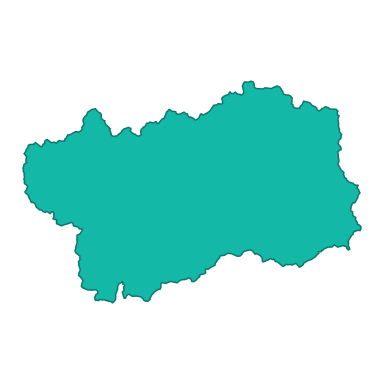 Valle d'Aosta, Aoste, Italy (orthographic projection)
{"feature_id": "23120603B46910528128522", "entity_name": "Valle d'Aosta", "entity_type": "district", "adm_level": 2, "iso_a3": "ITA", "parent_name": "Italy", "parent_adm1": "Aoste", "projection": "orthographic", "projection_center": [7.355, 45.727], "detail": "fine", "context": "isolated", "style": "filled", "palette": "teal", "viewbox_px": 384, "rotation_deg": 0, "n_neighbors": 0, "source": "geoboundaries", "source_scale": "gbopen_adm2", "svg_char_len": 5948}
<svg xmlns="http://www.w3.org/2000/svg" viewBox="0 0 384 384"><path d="M337.9,111.2L337.1,110.8L336.7,109.8L336.1,109.3L329.9,109.0L328.3,107.6L325.3,106.8L322.9,108.4L321.9,108.5L320.6,110.1L319.0,111.0L317.1,109.7L316.3,107.7L314.9,106.6L312.4,105.7L309.8,102.7L303.6,101.2L302.3,104.5L300.2,106.3L299.8,108.2L295.3,108.3L293.2,106.4L292.7,104.5L291.5,103.7L291.9,102.6L291.9,99.4L292.2,97.9L290.1,95.7L288.3,95.0L285.7,95.0L283.8,94.2L283.0,92.9L282.5,91.0L281.6,90.3L281.4,89.4L279.8,87.1L276.8,85.9L275.5,86.9L274.3,87.0L271.3,88.6L265.2,87.8L262.6,89.0L256.3,88.5L255.0,87.9L254.3,86.4L254.2,84.2L253.2,81.9L250.9,81.2L248.3,82.1L245.0,81.9L243.8,82.7L242.4,86.0L243.8,92.2L243.4,93.3L242.3,94.6L241.4,95.2L240.4,94.4L237.2,94.1L235.4,92.1L233.3,93.5L231.6,93.5L230.0,92.0L229.0,93.0L228.9,94.2L223.7,96.3L221.7,98.5L222.6,101.3L222.5,103.5L221.3,104.2L218.1,103.6L217.2,104.8L213.7,105.3L210.0,110.8L208.6,112.0L203.4,115.1L201.1,113.8L200.0,115.0L199.8,116.3L198.5,118.2L196.4,119.8L195.2,120.0L193.5,118.4L190.6,117.0L189.1,117.2L187.7,115.5L187.5,114.0L186.0,113.7L184.0,112.2L179.8,114.2L178.2,114.2L176.3,113.7L175.7,111.6L171.6,111.3L170.1,109.7L169.3,109.4L168.3,110.0L167.8,111.2L166.6,112.0L164.2,118.2L162.5,118.8L161.4,119.9L158.4,123.5L157.4,123.7L156.6,122.0L155.7,121.6L153.3,123.0L149.9,122.0L149.0,123.0L146.3,123.4L146.0,125.4L144.1,127.0L143.2,127.1L142.5,128.6L141.3,129.3L140.6,131.2L140.8,132.9L141.5,134.3L140.4,135.3L138.5,136.2L136.6,135.6L135.1,134.1L134.1,134.4L133.0,133.5L129.9,130.7L130.7,130.0L130.9,128.4L128.5,127.4L123.9,129.0L123.6,129.6L122.2,130.2L121.4,132.3L118.6,134.2L117.2,135.8L114.2,136.3L112.2,136.0L111.0,134.5L111.2,133.9L110.3,131.1L109.4,130.4L110.3,128.8L107.5,125.9L105.7,124.7L105.5,123.6L104.7,122.6L104.8,120.7L103.7,120.5L101.5,118.6L101.2,117.9L101.3,114.5L100.5,113.2L97.9,111.8L95.5,108.8L92.0,109.4L87.7,112.2L86.4,115.5L85.3,116.1L83.3,118.8L83.0,119.8L83.1,121.6L84.1,124.1L81.9,127.4L82.1,129.0L81.5,130.1L79.3,132.0L75.4,131.7L69.6,134.9L67.8,134.9L65.9,138.4L64.8,139.1L64.9,140.4L64.5,140.9L61.6,141.2L59.1,140.6L57.4,141.8L56.4,143.4L54.6,142.2L51.1,142.6L47.5,139.7L46.6,139.6L44.7,141.2L44.8,142.8L44.2,143.9L43.2,144.1L42.0,146.6L40.4,146.4L35.6,142.7L33.2,144.4L29.9,144.5L28.3,145.3L27.9,147.3L26.1,149.9L25.3,152.2L24.1,153.7L26.1,156.0L26.7,157.5L26.0,158.7L25.9,161.7L26.6,162.5L24.1,164.4L23.0,168.6L23.6,169.8L23.2,171.2L24.4,173.4L24.1,174.0L24.1,175.0L24.5,177.1L23.9,179.2L24.7,181.7L24.2,182.7L25.3,184.3L26.6,185.0L27.7,186.3L26.4,189.9L25.0,191.7L25.2,192.7L28.4,195.3L28.6,197.2L30.4,200.0L30.7,201.6L31.7,202.5L32.5,202.3L34.8,203.4L36.3,207.1L39.6,209.9L41.7,209.9L43.0,211.6L45.6,212.3L47.0,211.4L50.1,213.6L51.8,211.7L52.9,211.8L54.0,213.9L53.6,214.8L54.0,216.2L53.8,217.2L53.0,218.7L54.4,219.5L55.9,219.6L56.9,220.3L56.3,221.9L56.8,222.7L56.5,223.6L61.5,225.9L62.9,225.1L69.3,223.3L70.1,222.6L72.4,222.8L72.9,223.3L73.4,225.6L73.9,226.1L78.3,227.1L79.3,228.9L81.9,228.9L82.1,230.5L80.2,233.7L77.0,235.3L77.1,238.0L76.8,239.1L77.2,242.6L75.7,247.2L75.7,248.8L75.0,250.7L75.7,252.7L80.1,256.2L79.7,257.6L80.2,259.4L78.5,261.6L78.8,263.3L78.6,264.5L80.2,269.5L79.9,271.2L79.0,272.5L78.6,275.5L80.0,276.5L82.6,279.8L82.9,281.3L81.7,283.9L81.4,286.6L81.6,286.9L84.3,288.3L84.0,288.4L87.6,289.8L92.7,290.2L94.6,289.6L96.4,290.1L97.7,291.2L97.6,293.6L96.0,294.5L94.7,297.2L95.0,299.7L95.7,300.3L98.9,300.5L99.2,299.9L100.4,299.5L102.9,300.0L103.9,299.6L106.2,300.6L107.2,300.3L108.1,301.2L111.2,301.7L112.5,302.8L114.3,301.4L115.6,299.3L115.7,294.2L116.8,291.7L116.8,290.6L117.6,289.7L117.7,285.9L119.1,283.7L122.5,281.8L122.8,284.0L123.9,284.2L124.5,285.1L124.4,285.9L123.5,287.2L124.2,290.2L122.3,292.2L124.1,298.1L125.4,298.2L126.8,295.4L128.3,294.4L129.2,294.4L132.5,296.4L136.2,296.0L140.9,296.8L143.3,299.1L144.0,300.4L145.5,301.1L148.0,301.3L150.1,299.2L150.1,298.1L151.7,295.0L155.2,291.3L157.9,289.7L160.1,289.2L160.9,287.2L160.8,284.0L161.8,282.6L165.9,283.4L168.9,282.0L171.2,281.5L177.2,282.8L179.3,280.9L181.4,279.8L185.7,279.4L188.6,277.8L190.8,278.9L191.9,281.5L193.9,281.6L195.8,280.5L197.8,278.1L199.7,276.7L199.4,275.4L200.2,274.8L204.9,273.6L205.6,272.9L205.4,269.8L205.7,269.0L208.1,269.3L210.7,267.4L215.0,265.2L215.2,262.9L216.1,262.4L217.4,260.1L219.6,257.8L220.0,255.9L224.7,255.2L227.3,253.4L231.2,253.6L237.2,256.2L239.9,256.1L241.9,254.2L242.5,252.9L244.7,251.1L250.2,249.8L253.0,251.2L253.3,252.3L254.5,253.1L255.1,254.3L256.5,253.6L260.1,255.5L262.1,257.7L262.4,261.3L262.9,261.9L265.5,261.2L266.4,260.1L267.9,260.1L270.4,258.6L272.6,259.5L273.9,259.3L275.4,261.5L277.8,262.2L282.8,266.4L283.4,266.4L286.5,264.2L287.3,264.8L290.2,264.5L291.9,265.0L295.7,263.5L296.7,264.0L297.7,265.5L298.4,265.8L299.1,267.0L299.8,267.1L302.4,265.5L303.4,264.4L303.8,263.2L307.4,260.8L311.5,259.4L315.8,256.5L315.9,255.9L318.8,253.3L318.3,251.8L321.3,251.5L321.6,250.7L322.9,250.2L323.9,249.0L328.0,247.1L332.1,247.0L334.3,244.9L337.8,247.1L342.8,245.7L343.7,245.8L346.7,247.0L346.8,248.4L348.3,250.0L349.6,249.4L349.7,248.9L348.3,245.4L348.7,243.1L347.9,242.1L348.5,241.3L348.4,240.7L351.4,235.7L353.1,234.1L353.2,232.6L353.9,231.8L357.6,230.4L360.1,230.5L360.8,229.0L361.0,226.7L359.2,225.0L357.4,224.3L357.3,222.5L355.5,219.9L355.7,217.4L352.8,215.6L352.6,211.8L350.8,210.9L350.7,209.7L351.2,206.4L352.6,203.0L354.3,203.0L355.2,202.3L358.0,197.1L357.7,195.8L360.0,192.8L358.8,190.7L358.6,189.6L357.2,188.4L357.2,187.0L358.2,185.5L357.7,185.1L356.3,185.3L354.2,184.6L353.0,183.2L349.1,182.2L346.7,180.0L346.1,178.4L344.5,177.6L344.3,176.0L343.4,174.9L343.9,173.0L343.7,172.4L341.1,169.9L337.8,164.1L338.8,161.6L339.0,160.0L338.4,158.1L338.2,153.9L337.7,152.3L339.7,149.9L341.1,149.7L341.0,148.0L340.3,146.4L338.1,143.9L338.9,140.2L341.0,138.1L341.1,135.9L341.6,134.5L339.5,131.9L339.4,128.7L338.5,127.1L338.6,123.1L337.8,119.0L339.1,115.8L337.7,115.0L337.2,114.1L337.3,112.1L337.9,111.2Z" fill="#14b8a6" stroke="#0f766e" stroke-width="1.5"/></svg>